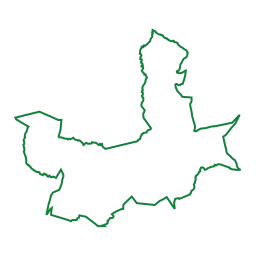 outline of Chenalhó, Chiapas, Mexico
{"feature_id": "50627088B91790774450197", "entity_name": "Chenalhó", "entity_type": "district", "adm_level": 2, "iso_a3": "MEX", "parent_name": "Mexico", "parent_adm1": "Chiapas", "projection": "natural_earth1", "projection_center": [-92.559, 16.972], "detail": "fine", "context": "isolated", "style": "outline", "palette": "green", "viewbox_px": 256, "rotation_deg": 0, "n_neighbors": 0, "source": "geoboundaries", "source_scale": "gbopen_adm2", "svg_char_len": 5771}
<svg xmlns="http://www.w3.org/2000/svg" viewBox="0 0 256 256"><path d="M239.7,114.8L232.2,122.7L215.9,126.1L211.6,126.5L205.6,128.1L200.8,128.6L198.2,129.9L196.2,131.3L194.3,130.9L195.0,127.8L194.7,124.7L193.4,120.7L193.2,119.2L192.4,117.3L191.4,110.8L190.6,107.4L190.1,104.8L190.2,103.9L191.1,102.2L191.6,100.9L191.5,97.5L182.3,96.8L182.0,96.6L181.1,94.9L177.9,91.7L177.1,90.6L176.8,89.7L175.8,87.6L175.6,85.9L175.3,84.9L175.7,84.2L176.4,84.0L177.3,84.2L178.5,85.1L179.0,85.1L180.1,85.0L180.5,84.5L181.4,84.0L181.9,83.8L182.6,84.0L184.3,79.0L185.3,75.0L185.8,70.6L184.9,70.9L184.7,71.7L183.7,71.7L182.7,72.4L180.8,73.2L178.7,73.1L177.3,72.8L177.0,72.3L176.8,71.9L177.1,71.1L178.1,70.7L178.6,70.8L179.5,69.2L179.8,67.9L180.0,67.4L180.3,65.8L180.3,64.8L180.5,64.2L181.4,63.1L183.3,59.3L184.0,58.6L186.2,57.4L186.8,56.5L187.3,54.9L187.7,52.5L187.2,52.2L186.8,50.9L186.0,50.1L183.8,48.9L182.2,47.5L181.1,47.1L180.3,46.6L179.5,45.8L178.1,44.7L177.8,44.2L177.6,43.1L177.3,42.8L174.9,42.1L174.2,42.0L174.0,41.3L173.7,40.9L173.3,40.7L171.9,41.2L171.2,41.3L170.6,40.9L168.9,40.3L168.3,39.6L167.9,39.6L167.6,39.4L167.2,38.7L166.5,38.4L166.2,38.2L165.7,38.4L165.2,38.2L165.0,37.8L164.1,37.5L163.6,37.0L163.1,35.7L162.8,35.5L162.6,35.7L162.2,35.6L161.3,34.8L160.7,34.9L160.4,34.6L159.9,34.6L158.3,34.1L156.1,32.6L155.5,31.5L154.9,31.5L154.7,31.1L154.0,30.8L153.7,30.8L153.3,30.6L152.9,30.0L152.6,29.9L152.6,30.5L152.7,31.5L152.0,32.3L152.2,32.6L152.8,32.9L152.8,33.2L152.7,33.7L152.0,34.5L152.3,35.9L152.2,36.5L152.1,37.1L151.3,37.9L150.5,39.2L150.3,40.6L150.1,40.9L150.0,41.3L147.5,43.8L147.2,44.4L146.3,44.8L145.3,45.7L144.8,45.8L144.2,45.3L143.9,45.3L143.7,45.6L143.6,46.8L143.3,47.2L142.9,47.1L142.3,46.5L141.7,46.7L141.4,48.2L140.8,48.8L140.4,49.5L140.1,51.2L140.1,52.8L140.0,53.4L139.8,53.6L139.9,53.9L140.7,54.1L141.0,54.7L141.4,55.1L141.3,55.7L140.8,56.7L140.5,57.0L140.3,57.8L140.5,58.0L140.2,59.0L141.0,59.4L141.5,59.4L141.8,59.7L141.8,60.5L141.0,61.7L141.0,62.3L141.1,62.7L141.8,62.9L142.1,63.3L142.5,64.0L142.6,64.5L142.5,65.0L141.5,65.6L141.5,66.2L141.6,66.5L142.1,66.6L142.6,66.0L142.8,66.0L143.2,67.5L143.1,68.3L141.9,70.7L142.1,71.2L143.0,72.5L144.0,73.3L144.4,74.6L145.3,74.3L145.6,74.4L145.6,75.3L146.6,77.0L146.9,77.9L146.4,78.3L145.6,79.9L145.4,82.0L144.0,84.5L143.0,86.0L142.4,87.4L142.4,88.7L142.8,89.5L142.7,90.0L142.0,90.9L141.8,91.9L142.4,91.9L142.4,92.2L142.7,92.4L142.9,93.8L142.8,94.8L142.2,95.2L142.0,95.9L142.4,96.6L142.4,97.3L143.3,97.7L143.3,100.6L143.1,101.0L142.3,102.0L141.8,102.9L141.4,104.9L141.5,106.1L144.8,110.4L143.2,114.0L143.5,117.7L150.8,128.0L150.9,128.8L150.5,129.3L147.7,130.4L147.0,131.2L146.8,132.2L146.6,132.5L144.1,132.7L143.6,132.9L143.5,133.2L142.8,133.5L142.5,133.9L141.7,134.2L141.6,135.4L141.0,136.0L140.6,137.0L140.2,138.7L140.0,139.1L138.3,139.9L137.9,140.4L137.6,141.2L105.5,148.9L102.7,146.8L101.9,143.8L101.2,144.1L101.2,144.8L100.6,145.1L99.8,144.0L98.9,145.1L96.1,142.9L92.0,142.3L91.5,143.5L88.1,143.8L86.3,142.8L83.5,145.0L82.8,143.2L79.5,140.3L78.7,140.3L78.1,140.7L77.6,140.2L77.1,140.2L75.4,139.7L74.3,138.9L73.2,137.7L72.3,138.4L70.3,139.3L69.2,138.7L67.7,139.4L67.1,138.7L65.2,138.7L64.0,138.1L63.2,138.3L61.7,137.4L59.3,137.4L58.8,136.7L58.6,136.5L60.5,129.9L61.4,119.9L58.3,120.0L51.0,116.7L39.4,111.7L15.4,117.6L16.1,118.6L16.1,119.3L28.5,126.7L27.6,127.5L27.4,128.8L26.5,131.8L25.5,133.1L25.2,134.0L24.7,136.3L25.1,137.0L25.1,137.4L23.6,140.0L24.3,142.5L24.1,144.1L23.4,144.7L24.5,149.9L24.2,150.4L23.8,151.9L24.5,153.3L24.9,155.2L25.9,156.9L25.7,157.4L26.4,160.5L26.1,161.2L26.3,163.1L27.0,164.1L27.7,164.6L28.5,164.8L28.7,165.2L28.5,165.4L29.8,166.3L29.9,166.6L30.5,166.8L31.3,168.3L32.7,169.4L33.2,169.7L33.5,169.7L33.6,170.0L34.1,170.5L34.9,170.7L36.0,171.7L36.6,171.9L37.4,172.0L37.9,171.8L38.4,172.2L39.5,172.3L40.0,174.0L42.9,175.2L43.6,173.8L44.4,174.1L44.7,173.8L45.2,174.6L46.0,174.8L46.5,174.6L46.6,175.3L47.1,175.9L47.6,176.3L48.0,176.2L48.3,176.6L49.5,175.6L50.8,177.2L51.2,177.3L52.5,176.7L53.1,176.9L53.4,176.7L54.6,177.1L55.0,177.5L56.0,177.9L60.9,169.7L61.2,170.5L61.7,171.1L62.5,172.8L63.4,175.1L63.3,176.9L62.5,178.9L61.6,183.8L60.3,187.6L58.8,190.2L57.5,190.5L52.7,192.7L52.3,193.5L51.0,195.7L49.8,200.4L48.7,203.9L46.4,214.9L47.4,213.5L48.0,212.8L49.0,211.0L50.4,209.1L51.8,208.0L51.2,212.1L51.2,214.9L69.3,220.4L70.9,221.3L72.3,220.0L76.6,220.1L77.6,218.1L78.8,217.8L79.4,215.4L85.9,216.7L95.6,224.1L97.9,226.1L104.2,226.1L103.2,225.3L103.7,225.2L104.9,224.6L106.1,224.3L107.2,223.4L107.8,222.6L107.8,221.8L107.4,221.1L109.1,219.5L109.9,218.2L112.5,217.9L113.4,217.1L113.5,216.6L113.4,215.9L111.9,214.2L113.6,213.0L115.9,211.6L121.4,209.1L123.2,208.9L123.3,206.0L123.5,204.5L131.7,196.6L133.5,198.8L136.7,203.1L154.7,205.0L160.0,200.7L160.4,200.6L163.7,199.0L166.7,197.1L174.7,208.9L174.2,204.1L174.2,202.4L175.2,198.9L178.5,198.1L179.3,198.9L189.9,194.5L190.4,193.3L190.8,193.2L191.0,192.6L191.3,191.9L191.3,191.1L192.3,190.2L193.2,189.8L193.7,189.0L194.4,187.5L194.3,186.0L193.9,184.9L194.0,184.1L194.6,183.2L194.9,182.9L195.4,180.3L195.7,179.6L195.4,178.2L195.9,177.0L195.6,176.4L195.7,176.1L196.2,175.6L197.2,175.0L198.6,173.2L199.2,171.7L200.2,171.4L200.3,171.2L200.1,170.0L200.1,169.4L200.7,168.6L200.8,167.9L201.0,167.6L202.8,167.4L203.7,168.0L204.4,169.3L204.9,169.9L207.1,168.9L207.5,168.4L208.1,168.1L211.1,166.9L214.2,166.3L214.7,164.8L216.2,165.4L217.7,164.3L220.9,164.5L226.8,166.7L229.7,167.6L229.6,168.3L232.5,169.5L234.7,169.4L236.2,170.0L239.4,169.8L240.6,170.0L238.2,168.4L237.9,168.0L237.0,166.2L236.6,164.1L236.3,163.0L235.5,161.2L234.8,160.1L234.4,159.8L233.9,159.6L231.9,158.0L230.0,155.8L227.9,154.2L226.9,152.9L226.4,151.5L226.2,149.6L225.0,145.0L223.2,136.7L226.3,134.5L231.0,128.3L235.3,123.5L239.7,114.8Z" fill="none" stroke="#15803d" stroke-width="2"/></svg>